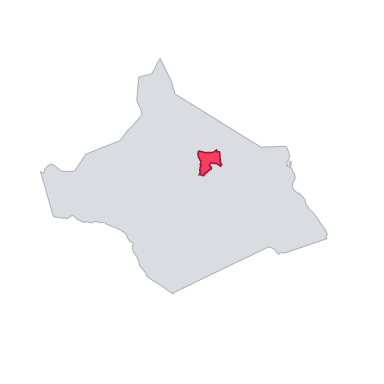 Lagdera, North-Eastern, Kenya shown in context, rotated 302°
{"feature_id": "3690345B54288416110697", "entity_name": "Lagdera", "entity_type": "district", "adm_level": 2, "iso_a3": "KEN", "parent_name": "Kenya", "parent_adm1": "North-Eastern", "projection": "robinson", "projection_center": [39.22, 0.501], "detail": "fine", "context": "in_parent", "style": "filled", "palette": "rose", "viewbox_px": 384, "rotation_deg": 302, "n_neighbors": 0, "source": "geoboundaries", "source_scale": "gbopen_adm2", "svg_char_len": 6949}
<svg xmlns="http://www.w3.org/2000/svg" viewBox="0 0 384 384"><g transform="rotate(302 192 192)"><path d="M95.8,230.3L95.7,225.6L96.3,213.8L96.2,203.4L96.8,198.2L99.0,194.9L100.1,192.5L100.8,189.1L102.0,186.4L104.7,184.2L105.2,183.0L108.1,179.2L109.8,174.5L111.1,172.8L112.7,171.3L113.8,170.6L115.7,169.8L117.2,169.3L117.4,168.9L117.6,168.2L117.1,165.2L117.7,164.2L118.7,162.3L119.8,160.4L120.9,159.2L121.5,158.0L121.7,156.0L121.8,154.5L121.8,152.1L121.4,146.6L120.2,142.0L119.5,136.9L120.0,135.2L119.1,132.2L118.6,132.0L117.8,131.4L116.9,128.5L116.1,126.0L115.7,125.3L112.4,123.0L110.8,117.7L109.0,116.5L108.1,111.2L107.9,109.7L108.9,104.4L108.8,103.2L107.7,102.1L104.7,101.0L102.2,98.8L102.6,98.0L102.7,97.2L101.4,96.7L97.7,87.7L102.5,82.2L107.4,76.7L113.7,69.8L119.5,63.4L124.4,57.8L128.9,52.9L128.8,53.9L128.8,55.1L129.3,55.9L130.2,56.4L131.5,55.8L132.6,55.1L133.7,54.9L140.4,57.0L141.5,58.8L141.4,60.7L141.7,62.1L141.2,63.5L140.6,67.7L140.8,71.6L142.8,74.5L144.5,76.7L146.0,79.9L147.0,80.9L148.4,81.4L153.0,81.5L159.8,81.7L166.3,81.9L166.9,82.0L168.3,82.4L174.3,86.7L179.8,90.6L184.4,94.1L188.9,97.4L193.3,100.6L196.7,103.3L200.1,104.1L205.5,104.5L209.3,104.6L212.8,105.7L218.0,106.8L221.9,107.3L224.2,107.9L230.7,108.5L231.7,108.2L234.6,105.2L237.8,100.4L239.1,97.7L243.2,95.1L250.5,91.4L255.6,88.8L261.3,86.2L263.9,88.5L267.5,92.1L269.1,93.9L270.3,94.7L272.3,95.2L274.6,95.2L275.9,95.1L278.6,94.7L284.7,94.2L288.3,94.3L285.3,99.1L281.7,104.9L275.2,115.5L270.2,121.1L266.5,125.3L266.1,126.0L266.1,130.8L266.2,142.3L266.3,165.3L266.4,188.3L266.4,211.3L266.5,222.8L266.5,226.7L269.8,231.5L273.0,236.3L277.3,242.5L279.6,245.9L280.0,247.0L279.8,249.2L276.3,253.9L273.4,256.0L269.6,257.1L268.4,256.9L266.9,256.2L266.3,257.3L265.8,259.1L265.0,258.7L264.3,258.2L264.7,261.3L265.1,262.8L264.5,264.9L262.6,266.7L262.5,268.3L258.4,272.3L252.6,272.7L249.6,274.7L248.2,276.3L247.2,279.9L247.6,285.4L246.0,289.6L245.6,291.7L242.7,294.4L241.3,296.9L240.4,299.5L239.5,300.6L238.5,306.3L237.1,309.8L236.7,310.9L236.4,312.0L235.3,314.0L234.6,315.4L234.1,316.3L230.6,325.2L227.8,329.3L225.7,328.8L224.3,330.3L224.1,331.1L223.3,330.7L221.5,329.2L217.8,326.2L214.1,323.2L210.4,320.1L206.7,317.1L203.0,314.1L199.3,311.1L195.6,308.1L191.9,305.1L189.8,303.3L188.8,302.2L188.1,300.1L187.7,299.6L186.7,299.0L185.5,298.8L185.2,298.4L185.2,297.4L185.6,296.0L187.0,293.2L187.1,291.6L186.9,289.7L186.4,286.8L186.1,286.1L183.6,284.5L178.5,281.3L173.3,278.0L168.2,274.8L163.1,271.5L157.9,268.3L152.8,265.0L147.6,261.8L142.5,258.5L137.3,255.3L132.2,252.0L127.1,248.8L121.9,245.5L116.8,242.3L111.6,239.0L106.5,235.8L101.3,232.5L99.4,231.3L97.7,230.3L95.8,230.3ZM266.8,261.9L266.0,262.1L266.4,260.5L269.1,258.5L270.1,259.0L270.3,259.5L270.3,259.9L269.8,260.3L266.8,261.9Z" fill="#d9dde1" stroke="#a8b0b8" stroke-width="1"/><path d="M230.9,202.8L230.9,202.5L230.9,202.3L230.9,202.2L231.0,201.9L231.1,201.7L231.4,201.4L231.5,201.1L231.6,200.9L231.8,200.8L232.0,200.8L232.2,200.7L232.5,200.3L232.5,200.2L232.7,199.9L232.9,199.8L233.0,199.8L233.0,199.7L233.1,199.3L233.5,199.3L233.7,199.2L233.8,199.2L234.1,199.2L234.3,199.1L234.5,199.1L234.6,198.9L234.6,198.6L234.8,198.4L235.0,198.2L235.6,198.0L235.8,197.8L236.0,197.7L236.7,196.9L236.9,196.7L237.0,196.6L237.4,196.3L237.5,196.3L237.8,196.3L238.3,195.9L238.5,195.8L238.8,195.7L239.0,195.6L239.3,195.3L239.5,195.1L239.8,195.0L240.0,194.7L240.3,194.4L240.5,194.2L240.5,193.6L240.3,193.3L240.2,193.0L240.0,192.8L239.8,192.6L239.2,192.0L239.6,191.7L240.1,191.2L240.3,190.8L240.3,190.7L240.6,190.7L240.8,190.5L240.8,190.4L240.6,190.3L240.3,190.3L240.2,190.3L239.9,190.4L239.6,190.2L239.4,190.1L239.3,189.9L239.2,189.9L238.9,189.8L238.7,189.8L238.5,189.7L238.3,189.7L238.2,189.7L237.9,189.6L237.7,189.5L237.5,189.4L237.4,189.4L237.3,189.2L237.2,189.1L237.1,188.9L236.8,188.8L236.6,188.6L236.4,188.5L236.4,188.4L236.2,188.1L236.0,187.9L235.9,187.7L235.7,187.5L235.6,187.4L235.4,187.1L235.3,186.9L235.2,186.8L235.1,186.7L235.0,186.4L234.8,186.1L234.7,186.0L234.5,185.7L234.4,185.1L234.1,184.8L234.1,184.7L233.9,184.6L233.8,184.4L233.6,184.2L233.4,184.0L233.2,183.7L233.1,183.4L232.9,183.3L232.8,183.1L232.6,182.7L232.4,182.3L232.3,182.1L232.3,181.9L232.1,181.6L231.9,180.5L231.6,179.6L231.3,178.7L231.0,178.0L230.8,177.6L230.8,177.4L230.7,176.7L230.3,176.1L230.0,175.9L229.9,175.8L229.9,175.7L229.8,175.9L229.7,175.9L229.3,176.0L228.3,176.5L227.5,176.9L227.3,177.0L226.9,177.3L226.3,177.7L225.9,178.2L225.6,178.5L225.2,179.0L224.8,179.4L224.5,179.9L224.3,180.2L224.3,180.4L224.2,180.6L224.0,180.9L223.8,181.1L223.6,181.4L223.5,181.5L223.3,182.0L223.1,182.4L223.0,182.6L223.0,183.1L222.9,183.3L222.7,183.4L222.5,183.5L222.4,183.6L222.2,183.9L222.2,184.0L221.9,184.1L221.7,184.1L221.3,184.1L221.2,184.1L221.1,184.3L220.9,184.3L220.6,184.4L220.3,184.3L220.2,184.2L219.9,184.2L219.9,184.4L219.7,184.5L219.5,184.8L219.4,184.8L219.3,185.0L219.3,185.3L219.1,185.4L219.0,185.6L219.1,185.8L218.8,185.9L218.6,185.8L218.4,185.8L218.2,185.9L217.8,185.9L217.7,185.8L217.3,185.8L217.2,185.8L217.0,186.2L217.0,186.3L216.7,186.5L216.4,186.6L216.2,186.6L215.9,186.6L215.7,186.7L215.4,186.5L215.0,186.8L214.9,186.9L214.7,186.9L214.5,187.0L214.4,187.2L214.3,187.3L214.2,187.5L214.1,187.8L213.9,188.1L213.7,188.1L213.6,188.4L213.5,188.5L213.3,188.7L213.1,188.8L212.9,188.8L212.8,188.6L212.7,188.6L212.4,188.7L212.1,188.6L212.0,188.8L211.9,188.9L211.7,188.9L211.7,189.0L211.4,189.0L211.3,188.9L211.0,189.0L210.9,189.0L210.6,189.0L210.8,189.2L210.9,189.3L211.0,189.4L211.0,190.0L211.3,190.7L211.8,192.9L212.1,192.9L212.2,193.1L212.3,193.0L212.5,193.0L212.8,193.1L213.0,193.2L213.0,193.3L213.3,193.3L213.6,193.5L213.8,193.5L213.9,193.4L214.1,193.2L214.3,193.3L214.5,193.3L214.6,193.2L214.7,193.4L214.8,193.5L215.0,193.6L215.3,193.6L215.5,193.5L216.0,193.6L216.1,193.8L216.2,194.0L216.3,194.1L216.5,194.2L216.6,194.3L216.8,194.3L217.0,194.3L217.3,194.3L217.5,194.3L217.5,194.1L217.9,194.2L218.2,194.4L218.3,194.6L218.5,194.9L218.8,195.0L219.0,195.0L219.3,195.0L219.4,194.9L219.5,194.8L219.8,194.9L220.0,194.8L220.3,194.9L220.4,195.1L220.6,195.5L220.8,195.5L221.0,195.8L221.2,196.0L221.3,196.0L221.6,196.2L221.8,196.2L222.0,196.1L222.3,195.9L222.5,195.9L222.7,195.7L222.8,195.6L223.1,195.3L223.2,195.2L223.3,195.0L223.3,194.9L223.4,194.5L223.4,194.4L223.4,194.2L223.5,193.9L223.4,193.8L223.5,193.8L223.5,193.7L223.7,193.3L223.8,193.0L223.9,192.8L224.0,192.7L224.3,192.5L224.4,192.4L224.7,192.4L224.8,192.5L225.1,192.6L225.4,192.6L226.0,192.5L226.3,192.7L226.5,192.7L226.6,192.8L226.8,192.7L227.0,192.7L227.1,192.8L227.3,193.8L227.4,194.0L227.6,194.3L227.6,194.6L227.7,194.8L227.7,195.2L227.7,195.4L227.8,195.7L228.1,195.9L228.2,196.2L228.4,196.4L228.4,196.6L228.6,196.8L228.8,197.1L229.1,197.4L229.1,197.5L229.1,197.9L229.2,198.2L229.1,198.8L229.2,199.5L229.2,199.9L229.1,200.5L229.0,201.4L229.0,201.7L229.0,201.9L229.0,202.0L228.9,202.3L228.9,202.5L229.5,202.6L230.0,202.7L230.6,202.7L230.9,202.8Z" fill="#f43f5e" stroke="#9f1239" stroke-width="1.5"/></g></svg>